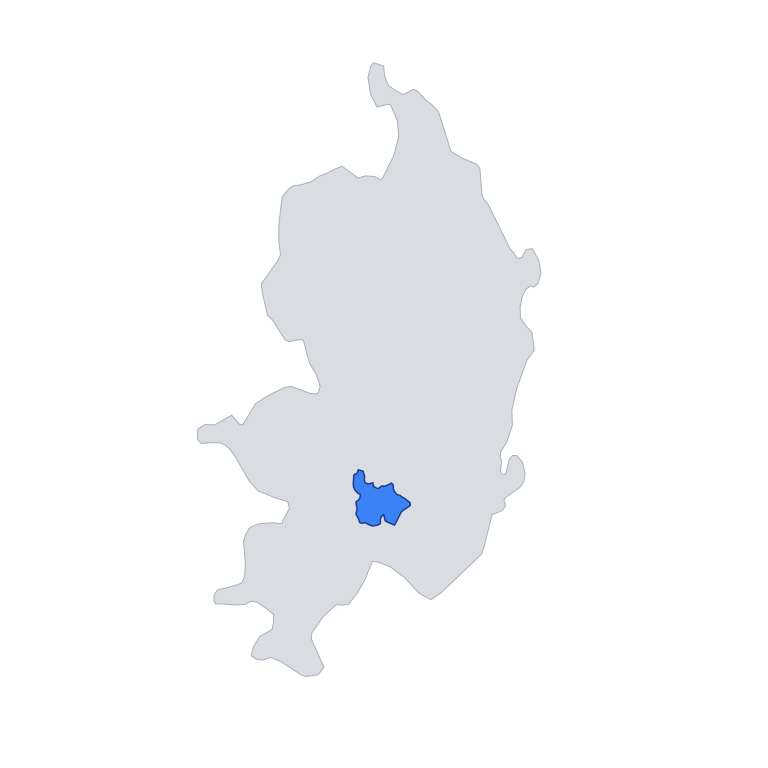 Glarus highlighted on a map of Switzerland, rotated 108°
{"feature_id": "CHE-169", "entity_name": "Glarus", "entity_type": "Canton", "adm_level": 1, "iso_a3": "CHE", "parent_name": "Switzerland", "parent_adm1": "", "projection": "robinson", "projection_center": [9.033, 46.988], "detail": "fine", "context": "in_parent", "style": "filled", "palette": "blue", "viewbox_px": 768, "rotation_deg": 108, "n_neighbors": 0, "source": "natural_earth", "source_scale": "10m", "svg_char_len": 3753}
<svg xmlns="http://www.w3.org/2000/svg" viewBox="0 0 768 768"><g transform="rotate(108 384 384)"><path d="M561.0,263.0L565.0,265.2L574.6,272.6L572.4,285.2L561.5,305.5L555.8,322.0L555.2,334.6L556.3,340.5L558.2,340.4L568.7,341.3L574.0,341.3L590.8,344.7L604.3,349.7L607.0,355.0L608.7,361.4L624.8,370.2L643.2,375.8L649.4,374.0L672.1,353.5L680.9,356.9L686.3,367.8L686.1,373.6L680.0,395.4L679.0,407.1L684.5,414.9L685.1,420.9L683.5,426.4L674.4,426.9L662.2,423.9L651.8,414.5L644.0,415.6L637.2,418.0L633.7,426.9L630.7,437.6L631.7,443.5L636.6,448.1L640.4,457.8L643.2,470.3L645.3,476.1L643.1,478.7L636.6,480.4L631.3,478.7L621.9,463.7L617.5,458.0L610.1,457.0L597.0,460.6L577.0,469.0L569.0,469.0L562.1,467.3L555.7,460.1L550.2,446.4L548.4,437.7L544.6,438.0L531.8,435.5L525.8,438.9L525.8,453.0L524.6,470.5L518.2,481.9L500.4,501.5L493.8,510.0L491.2,516.1L490.6,521.5L493.3,530.7L497.1,539.5L494.0,544.5L484.5,547.1L477.8,541.8L475.2,532.3L460.7,519.3L467.3,508.4L466.2,505.7L442.4,500.1L432.1,491.8L417.7,477.4L415.0,471.2L415.7,451.1L414.8,446.2L412.9,443.8L405.9,444.0L396.2,451.0L387.2,461.4L368.7,473.2L366.8,475.7L372.9,487.2L372.6,491.6L357.5,509.9L354.7,516.0L335.6,527.4L326.8,531.7L300.5,523.3L293.2,522.3L281.3,527.9L264.6,533.3L237.6,538.7L227.7,534.8L223.1,531.1L220.8,525.5L214.1,515.8L206.6,510.0L201.3,503.6L194.4,496.7L189.9,490.9L196.1,472.5L191.8,466.0L189.6,456.7L190.9,450.4L188.5,448.9L164.3,445.3L144.1,446.4L129.6,452.6L117.7,462.9L116.3,465.1L117.0,466.9L122.7,476.3L112.6,486.3L97.3,494.0L86.5,494.8L81.7,493.3L81.7,482.6L90.7,478.7L98.9,471.8L101.7,462.0L102.8,455.1L94.4,446.8L95.5,441.7L101.0,432.1L104.1,423.5L108.4,416.2L125.3,404.1L142.3,392.0L145.0,379.1L146.5,363.4L149.0,359.6L171.7,350.2L177.4,346.5L180.3,341.2L198.3,323.6L216.2,306.1L219.8,300.3L222.8,296.9L222.8,294.0L220.6,291.8L212.2,290.4L209.5,284.8L218.7,274.9L230.1,268.9L241.2,268.8L245.6,271.6L245.3,274.9L250.1,278.4L258.5,279.5L268.8,278.3L279.2,274.6L285.6,265.8L289.3,259.1L305.5,251.5L316.5,255.4L347.2,256.4L369.5,254.3L383.5,249.2L400.9,249.2L412.5,252.1L414.5,251.6L417.7,251.0L420.9,248.2L431.9,246.3L433.3,244.0L432.9,241.6L430.9,240.4L417.5,241.6L412.3,239.8L411.0,235.6L415.4,228.3L425.3,222.3L433.7,220.9L439.7,222.5L454.5,233.5L458.0,233.9L460.1,231.9L463.1,230.8L468.2,232.9L474.0,239.8L474.9,240.9L507.9,238.5L515.3,238.5L537.6,250.5L561.0,263.0Z" fill="#d9dde1" stroke="#a8b0b8" stroke-width="1"/><path d="M481.4,364.0L484.3,362.7L484.9,360.7L485.4,358.5L485.2,357.4L484.7,356.7L482.6,355.4L481.9,354.8L481.3,353.9L481.3,353.4L481.7,352.9L481.6,352.6L477.9,348.0L476.0,346.5L476.6,344.6L478.2,343.7L481.5,342.3L482.7,341.2L483.7,339.8L485.1,337.5L485.2,336.3L484.9,334.1L485.5,333.2L485.8,332.5L486.2,330.6L486.2,329.7L488.8,322.6L490.9,321.6L491.7,321.6L498.8,327.1L500.8,328.1L514.9,330.4L514.3,338.4L513.5,340.8L508.9,343.5L508.5,343.9L508.6,344.3L511.1,345.5L512.0,345.7L514.5,345.5L516.0,344.8L517.0,344.6L518.0,344.5L519.0,345.2L520.2,346.5L521.9,349.6L522.5,351.0L522.7,352.2L522.1,357.0L522.0,357.5L521.7,358.0L521.8,358.6L522.2,360.1L523.3,362.1L523.4,362.7L523.2,364.3L519.4,367.2L517.1,369.9L516.4,370.3L515.3,370.7L512.8,370.7L510.8,371.1L506.2,373.7L504.9,374.1L503.8,373.7L503.2,373.0L502.2,372.4L500.9,372.0L498.7,371.8L497.4,372.1L496.5,372.4L496.2,372.8L496.1,373.5L496.1,374.7L495.9,375.3L495.5,375.8L495.2,376.5L494.8,377.3L494.1,378.5L493.1,379.6L491.2,381.2L488.2,382.4L480.7,384.4L479.4,384.4L478.9,384.1L478.6,383.0L478.4,382.5L477.7,382.4L476.3,382.0L473.5,381.9L473.4,378.7L473.3,377.8L473.5,376.8L477.0,374.5L477.7,374.0L478.1,373.7L478.4,373.7L478.9,373.7L479.5,373.6L482.4,372.5L483.3,371.9L483.8,371.0L483.9,369.3L483.8,368.3L483.5,367.3L483.2,366.8L481.4,364.0Z" fill="#3b82f6" stroke="#1e3a8a" stroke-width="1.5"/></g></svg>